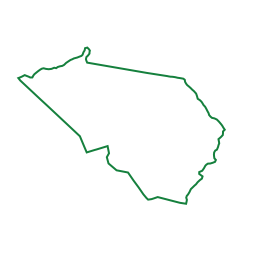 outline of Ribeira do Amparo, Bahia, Brazil, rotated 255°
{"feature_id": "56859067B91652113509777", "entity_name": "Ribeira do Amparo", "entity_type": "district", "adm_level": 2, "iso_a3": "BRA", "parent_name": "Brazil", "parent_adm1": "Bahia", "projection": "robinson", "projection_center": [-38.374, -10.959], "detail": "fine", "context": "isolated", "style": "outline", "palette": "green", "viewbox_px": 256, "rotation_deg": 255, "n_neighbors": 0, "source": "geoboundaries", "source_scale": "gbopen_adm2", "svg_char_len": 1962}
<svg xmlns="http://www.w3.org/2000/svg" viewBox="0 0 256 256"><g transform="rotate(255 128 128)"><path d="M204.6,35.0L201.8,36.2L178.2,50.9L176.3,52.1L173.0,54.2L170.3,55.9L147.0,70.4L132.5,79.4L121.4,80.9L115.1,81.8L115.4,90.2L115.4,91.9L115.8,103.6L108.5,103.1L105.3,100.0L98.8,100.0L90.1,106.0L88.6,109.1L85.0,116.5L75.7,119.8L67.8,122.9L59.9,125.7L58.2,126.5L55.6,127.7L53.6,128.9L53.2,132.3L53.3,134.4L53.6,138.8L48.4,148.0L47.6,149.4L42.3,158.8L39.8,164.5L41.9,165.6L43.4,166.3L45.6,166.2L47.2,167.2L48.2,168.7L50.2,170.8L52.7,172.9L53.8,174.9L55.2,177.4L56.0,179.1L57.6,181.2L59.0,183.8L60.0,186.3L62.0,187.5L65.2,184.9L67.0,185.4L67.5,188.6L69.4,190.9L71.6,193.0L72.4,194.4L72.9,196.0L72.4,198.2L72.5,201.0L72.8,203.3L74.4,204.6L76.4,203.6L78.2,203.8L80.0,204.1L82.1,204.9L83.6,206.4L84.1,208.3L86.3,210.0L88.2,211.1L89.5,212.1L91.0,212.3L93.8,212.5L95.1,215.2L96.6,217.7L98.1,218.3L100.1,218.9L101.3,221.0L103.7,220.2L105.9,219.6L107.4,219.0L108.9,218.3L110.8,217.4L113.2,216.0L114.9,214.0L116.1,211.7L117.7,210.6L119.6,209.7L121.4,209.7L123.8,209.1L126.2,208.6L128.6,208.0L130.6,206.9L132.5,206.4L134.3,205.8L136.2,204.7L138.2,202.9L141.0,202.9L143.6,202.7L146.6,201.2L148.5,199.9L150.3,198.9L152.3,197.6L154.1,196.3L155.8,195.6L157.8,195.1L159.9,195.3L161.3,194.2L162.5,191.7L163.7,188.9L164.8,186.9L165.9,184.4L166.5,182.5L167.2,180.9L168.0,179.3L176.3,160.5L201.7,105.5L203.9,105.2L205.4,105.2L207.3,106.2L208.4,108.2L209.8,110.0L211.3,110.5L212.7,111.2L214.3,110.6L216.2,109.5L216.2,107.2L214.2,106.2L212.6,104.5L210.5,103.1L209.7,101.7L209.5,99.6L209.2,97.2L209.2,95.5L209.2,93.7L208.8,91.9L208.6,90.1L207.9,88.0L206.9,85.1L205.5,82.6L205.0,80.6L205.2,78.2L205.1,75.9L204.4,74.1L205.3,72.3L204.9,69.5L205.3,66.6L206.4,63.9L207.5,62.0L207.6,60.3L207.2,58.6L206.3,56.2L205.2,53.7L204.2,51.5L203.2,50.2L201.6,48.7L202.1,46.6L203.3,45.3L204.3,43.9L205.8,41.9L205.1,38.8L204.8,36.8L204.6,35.0Z" fill="none" stroke="#15803d" stroke-width="2"/></g></svg>